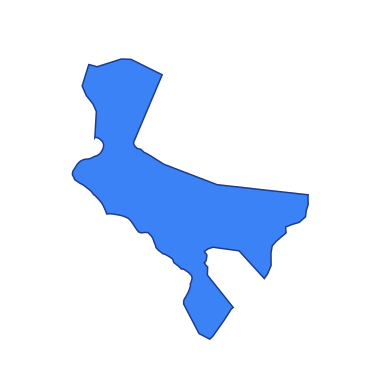 La Fargue, Choiseul, Saint Lucia (Natural Earth projection), rotated 257°
{"feature_id": "8701671B39771319698243", "entity_name": "La Fargue", "entity_type": "district", "adm_level": 2, "iso_a3": "LCA", "parent_name": "Saint Lucia", "parent_adm1": "Choiseul", "projection": "natural_earth1", "projection_center": [-61.043, 13.771], "detail": "fine", "context": "isolated", "style": "filled", "palette": "blue", "viewbox_px": 384, "rotation_deg": 257, "n_neighbors": 0, "source": "geoboundaries", "source_scale": "gbopen_adm2", "svg_char_len": 2129}
<svg xmlns="http://www.w3.org/2000/svg" viewBox="0 0 384 384"><g transform="rotate(257 192 192)"><path d="M91.4,243.0L95.1,247.1L102.5,252.5L114.6,255.2L121.4,258.0L124.8,262.6L127.6,267.9L131.0,274.5L136.8,275.3L137.8,281.8L138.3,289.7L142.3,297.0L148.0,299.1L153.7,302.4L160.6,303.8L163.1,304.6L193.5,218.1L225.3,170.9L236.2,160.1L239.3,156.9L240.7,155.1L241.6,154.1L243.1,153.1L245.1,151.8L246.2,149.5L246.6,148.6L248.9,147.0L251.0,146.2L253.3,146.1L312.9,189.3L335.0,162.4L337.5,153.0L335.4,127.6L337.9,123.1L338.7,121.6L339.4,120.1L320.0,108.8L309.7,110.7L305.0,113.0L299.7,115.4L291.9,116.9L266.9,109.6L267.0,109.7L266.4,111.8L264.5,114.0L261.5,115.9L260.3,116.4L257.7,116.5L255.4,115.7L252.9,114.0L250.1,111.0L248.8,107.9L248.6,105.0L247.7,101.3L247.4,99.5L248.0,94.7L247.8,92.8L247.3,90.6L246.4,88.7L244.7,86.3L240.9,82.5L239.4,80.9L237.0,79.6L235.2,79.4L233.0,80.1L230.4,80.5L226.6,83.9L223.1,87.8L217.7,92.2L215.4,93.9L211.4,95.7L210.3,96.8L206.3,99.1L202.7,101.1L199.7,102.2L194.6,103.3L190.4,103.9L189.7,104.0L189.4,106.6L188.4,109.8L185.8,116.1L184.7,118.2L183.8,119.9L182.7,121.4L180.8,123.9L178.5,125.4L177.9,125.8L171.3,128.4L167.0,130.0L164.9,131.2L163.5,133.6L163.2,137.0L162.4,139.9L158.1,142.6L156.4,143.1L156.1,143.3L152.3,143.8L147.9,144.4L145.8,144.5L142.8,146.2L141.9,147.0L140.8,147.9L138.5,149.6L137.0,152.2L133.8,155.6L130.9,158.1L127.4,158.4L123.3,161.7L122.2,162.5L120.8,163.5L120.5,163.7L119.4,164.2L118.7,166.5L116.0,169.1L113.7,171.0L110.7,172.7L107.9,172.7L104.7,171.0L102.7,169.6L101.1,169.4L100.7,169.3L99.2,168.4L96.6,166.8L95.9,166.3L94.9,165.6L94.4,165.1L94.1,164.8L92.5,163.4L91.8,162.8L90.6,161.7L90.0,160.9L89.0,160.2L88.7,160.0L88.5,159.9L88.0,159.6L86.7,159.1L84.8,158.7L84.6,158.7L52.5,167.0L52.4,167.1L44.6,176.2L47.0,180.1L59.5,194.1L69.2,204.0L70.2,206.2L107.5,188.3L115.5,190.4L117.3,189.1L118.4,188.8L119.5,188.4L120.0,188.0L120.2,187.9L120.9,189.2L121.9,190.2L122.6,190.6L124.5,191.4L126.6,192.2L127.7,192.2L128.4,192.0L129.6,191.3L131.1,190.6L131.3,190.9L132.9,194.4L133.5,200.0L130.6,207.5L124.1,224.6L91.4,243.0Z" fill="#3b82f6" stroke="#1e3a8a" stroke-width="1.5"/></g></svg>